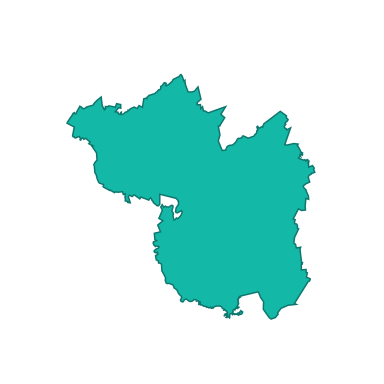 Comalcalco, Tabasco, Mexico (Natural Earth projection), rotated 200°
{"feature_id": "50627088B45787963342139", "entity_name": "Comalcalco", "entity_type": "district", "adm_level": 2, "iso_a3": "MEX", "parent_name": "Mexico", "parent_adm1": "Tabasco", "projection": "natural_earth1", "projection_center": [-93.333, 18.29], "detail": "fine", "context": "isolated", "style": "filled", "palette": "teal", "viewbox_px": 384, "rotation_deg": 200, "n_neighbors": 0, "source": "geoboundaries", "source_scale": "gbopen_adm2", "svg_char_len": 5977}
<svg xmlns="http://www.w3.org/2000/svg" viewBox="0 0 384 384"><g transform="rotate(200 192 192)"><path d="M61.8,119.0L55.6,122.1L57.6,122.4L52.2,147.6L51.1,148.5L51.0,150.2L51.3,150.9L55.3,151.0L56.0,155.5L57.2,155.4L58.3,158.2L62.6,156.2L64.5,161.4L63.8,161.8L64.0,163.3L64.7,162.8L70.9,175.0L71.0,177.3L74.8,175.1L76.9,178.3L78.9,178.8L79.9,183.7L80.2,183.8L79.2,193.9L80.7,194.2L81.4,196.6L82.9,197.7L84.3,197.4L85.4,198.5L85.6,201.3L87.7,201.2L86.2,212.6L82.7,212.1L79.2,213.9L80.7,217.0L82.8,224.9L79.9,225.0L80.4,226.3L81.4,228.2L84.8,231.7L85.6,233.0L88.0,234.0L89.6,235.6L87.8,238.7L84.8,241.6L87.9,245.7L87.8,247.5L85.8,250.0L86.0,250.6L84.4,251.5L83.4,252.6L85.4,254.8L85.3,256.0L85.6,256.5L87.8,258.0L90.8,255.3L92.5,259.1L92.8,258.8L93.0,259.3L92.4,260.0L92.7,261.0L93.1,260.8L94.3,261.9L94.8,260.9L95.4,261.3L96.0,260.1L97.2,260.9L98.1,260.1L103.4,260.2L102.9,262.4L102.3,262.4L102.9,262.8L102.8,263.8L103.3,263.8L103.3,264.2L102.4,264.1L102.2,265.0L100.5,263.9L101.2,264.7L101.0,265.4L101.9,266.0L101.7,266.5L103.2,266.5L103.1,266.8L106.5,269.9L108.5,271.5L108.9,271.5L108.7,273.3L112.8,272.4L118.9,268.5L121.0,268.2L121.3,286.0L124.1,282.8L124.9,283.6L126.6,283.9L127.7,284.9L127.1,287.7L128.0,287.9L127.9,288.7L127.6,290.0L126.9,290.7L126.4,292.8L128.9,294.2L129.3,295.9L136.6,298.0L147.8,280.6L147.8,277.1L148.5,277.5L150.8,274.9L152.7,276.2L153.3,275.3L151.3,272.7L152.0,271.8L151.5,269.2L152.6,267.4L152.9,265.7L157.6,261.8L162.6,262.3L163.7,261.8L163.6,260.5L165.0,258.9L166.8,258.3L167.5,257.2L167.6,255.2L168.5,252.5L170.1,249.9L172.7,248.7L174.2,247.2L174.6,246.3L174.7,242.9L177.8,241.3L184.8,249.0L185.2,255.1L189.8,262.9L188.3,263.7L188.4,264.7L186.7,273.1L191.4,274.8L189.6,283.7L203.8,271.9L207.5,272.6L209.0,272.1L211.3,275.7L212.3,273.3L214.0,277.0L217.0,275.7L217.7,277.8L215.3,282.2L222.3,292.8L224.2,287.5L226.5,285.9L229.9,284.7L234.9,290.6L235.5,291.9L235.8,291.8L236.8,294.6L237.7,293.5L240.7,297.4L242.5,298.6L243.1,297.9L243.4,296.3L248.2,291.4L248.4,289.4L250.3,285.7L252.3,283.1L253.2,282.9L253.4,285.3L255.0,285.4L255.6,285.0L256.4,281.8L257.5,280.5L257.0,279.3L256.9,277.7L257.7,276.6L258.4,276.5L259.1,274.3L260.2,272.8L260.4,271.9L265.4,268.1L266.7,265.4L266.3,264.3L267.6,264.2L269.2,263.1L267.5,254.7L271.3,255.1L272.0,251.9L274.0,251.8L275.3,252.1L278.3,249.2L279.1,247.4L280.1,247.0L279.7,246.5L280.3,245.3L281.9,244.3L283.1,241.8L285.2,240.6L285.7,242.8L286.1,242.4L286.4,240.5L287.1,240.0L287.9,240.3L288.9,241.7L291.7,241.1L289.7,246.1L287.6,246.4L288.9,249.8L293.1,249.2L293.0,245.5L299.7,244.5L300.0,243.5L302.6,242.7L302.2,241.2L301.7,241.1L301.9,239.8L302.4,239.2L306.0,242.6L309.8,250.2L312.4,246.0L314.4,241.6L314.5,239.9L320.4,235.6L320.5,234.8L322.3,233.2L323.6,233.1L324.3,233.8L326.7,234.3L328.0,225.6L329.2,225.8L329.8,226.3L330.7,225.1L330.5,224.7L333.0,214.9L332.9,213.9L324.9,212.8L323.4,203.8L322.4,203.2L321.6,203.6L320.8,202.9L319.7,203.0L318.4,204.5L316.9,205.5L315.5,204.5L315.0,203.6L315.1,202.8L314.4,202.7L314.1,204.7L313.4,205.5L311.7,204.5L310.2,206.1L304.9,204.1L305.5,202.1L301.3,201.6L302.2,201.2L295.0,196.0L292.1,189.3L293.2,187.1L293.6,184.1L292.5,182.6L289.9,177.0L288.0,175.5L285.4,171.7L283.0,169.2L281.9,168.7L277.7,168.8L277.4,168.2L277.5,166.8L277.0,166.4L269.8,165.3L269.7,165.8L264.6,164.9L264.5,165.7L261.4,166.5L257.5,168.5L255.7,166.2L254.1,167.4L253.0,163.6L252.4,163.4L251.7,160.8L248.9,161.2L248.8,160.2L246.3,160.7L250.4,166.1L249.5,167.6L246.7,167.2L245.4,169.6L238.7,167.7L238.2,169.8L229.8,169.6L229.6,171.3L228.7,172.4L226.6,170.3L225.3,169.8L224.8,168.9L220.1,167.2L218.7,167.7L218.1,169.5L221.5,178.9L204.8,180.6L201.7,179.0L201.8,178.4L200.8,177.1L200.5,175.2L201.5,171.8L200.8,167.9L199.9,167.2L198.6,167.4L195.4,170.9L194.7,170.4L194.3,169.2L194.4,166.1L196.1,162.2L197.8,162.3L198.2,160.5L199.3,159.5L201.8,163.1L201.8,164.5L202.4,165.8L204.4,167.2L204.7,171.3L205.1,172.4L206.1,172.7L206.9,172.3L208.7,169.8L211.0,169.3L212.3,169.6L213.3,168.0L215.7,169.9L216.2,167.2L213.6,164.7L214.1,155.8L209.5,155.1L212.9,149.2L208.0,143.8L213.3,140.3L210.6,134.6L208.7,134.2L211.2,131.9L210.9,130.5L209.9,129.3L207.8,128.2L207.3,129.0L205.0,129.5L204.2,129.2L204.5,127.7L206.0,126.4L207.3,124.3L207.3,123.1L206.3,122.5L204.8,122.5L204.2,123.7L203.6,123.2L202.7,121.8L204.5,119.8L202.4,116.0L199.9,115.7L199.1,113.8L197.9,114.2L196.0,113.8L193.4,107.7L188.0,102.9L187.3,101.9L187.0,99.9L185.7,98.6L185.5,97.9L184.1,97.4L182.3,98.3L178.0,98.2L176.0,95.8L172.7,94.8L169.8,91.9L166.4,90.3L165.6,89.3L165.9,86.5L164.9,85.5L163.4,85.4L162.7,86.0L162.3,88.0L161.5,89.2L160.5,89.4L157.4,88.4L156.0,88.5L154.4,89.6L153.0,91.9L150.8,92.0L150.5,91.0L148.5,91.9L147.6,91.3L146.4,91.3L146.3,90.9L147.9,90.7L147.5,89.8L147.0,90.2L147.0,89.5L146.4,89.5L146.5,89.1L147.8,88.8L147.4,88.7L145.7,89.1L145.5,88.7L144.4,89.3L141.9,88.7L139.7,89.2L139.0,88.8L138.9,89.2L136.3,88.9L135.5,90.1L134.6,89.4L133.6,89.5L133.6,90.1L132.7,90.1L133.1,90.8L132.3,91.0L131.0,92.5L128.9,93.7L126.1,94.5L124.3,93.8L123.7,93.1L121.5,92.8L121.6,91.9L120.3,92.5L117.7,91.0L117.2,90.2L117.4,88.3L118.3,89.3L119.1,88.8L119.5,86.1L118.7,88.2L117.2,87.7L116.5,88.0L117.2,85.9L116.3,85.9L116.0,87.3L113.7,86.5L113.7,87.2L114.7,89.9L114.3,90.8L112.8,91.1L112.1,90.7L112.0,91.4L111.2,91.6L110.5,91.2L109.7,91.7L109.9,91.9L107.3,92.7L106.4,92.1L105.4,93.0L105.4,93.6L104.2,93.7L103.4,94.9L103.3,96.5L105.4,97.2L105.3,96.3L105.8,96.2L106.5,94.1L107.2,94.2L108.4,92.6L110.8,92.0L112.8,92.6L112.5,93.8L113.1,94.3L112.8,95.4L112.3,96.0L111.5,95.8L111.8,96.5L111.2,96.8L111.1,98.2L110.5,98.6L110.2,98.1L109.5,98.0L108.5,99.7L109.9,99.9L110.6,99.5L110.0,102.9L110.5,103.2L110.5,104.1L111.4,104.7L111.2,105.6L111.8,106.0L111.8,106.9L112.1,106.6L112.3,107.0L111.0,109.2L111.8,108.9L111.9,109.7L111.2,110.0L111.2,110.6L96.3,120.4L95.7,120.8L95.1,120.4L91.3,116.2L87.2,113.4L84.9,106.2L76.2,100.2L74.2,99.7L70.7,102.5L69.3,106.7L70.2,107.6L68.6,113.1L62.4,119.0L61.8,119.0Z" fill="#14b8a6" stroke="#0f766e" stroke-width="1.5"/></g></svg>